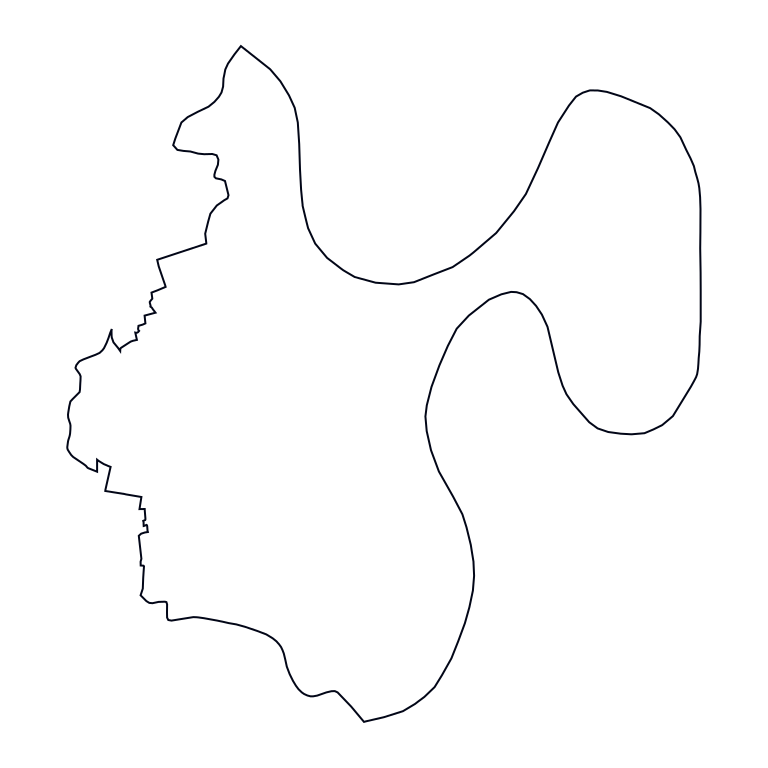 the district of Binh Thanh, Hồ Chí Minh city, Vietnam
{"feature_id": "81297802B74412015974526", "entity_name": "Binh Thanh", "entity_type": "district", "adm_level": 2, "iso_a3": "VNM", "parent_name": "Vietnam", "parent_adm1": "Hồ Chí Minh city", "projection": "equal_earth", "projection_center": [106.708, 10.812], "detail": "fine", "context": "isolated", "style": "outline", "palette": "ink", "viewbox_px": 768, "rotation_deg": 0, "n_neighbors": 0, "source": "geoboundaries", "source_scale": "gbopen_adm2", "svg_char_len": 4404}
<svg xmlns="http://www.w3.org/2000/svg" viewBox="0 0 768 768"><path d="M696.9,374.8L697.0,374.6L697.1,374.3L697.5,371.9L698.0,368.8L698.4,363.6L698.7,358.1L699.3,351.6L699.6,344.7L699.7,336.2L700.7,321.7L700.7,291.2L700.6,272.6L700.2,248.3L700.4,231.9L700.5,209.0L700.1,197.1L699.3,188.1L698.5,183.3L697.2,178.3L695.3,171.9L693.9,166.1L690.5,158.3L686.3,150.0L680.4,137.3L674.6,129.3L668.0,122.5L659.1,114.5L658.6,114.1L650.1,108.1L621.1,96.3L606.9,91.9L598.0,90.5L591.7,90.4L590.0,90.4L588.9,90.7L582.8,92.7L576.0,96.6L569.0,105.5L558.0,122.5L549.1,142.5L538.1,167.9L525.9,194.0L514.0,211.2L496.2,233.0L473.4,252.5L469.5,255.6L452.6,267.1L433.7,274.4L414.0,282.2L398.7,284.4L375.6,282.7L354.7,277.0L354.2,276.7L346.2,272.0L343.2,270.2L340.9,268.5L327.1,257.9L315.2,243.6L311.6,235.8L308.1,228.2L306.7,222.7L305.4,217.4L302.6,205.7L302.6,204.8L302.1,200.1L301.1,189.7L300.0,169.4L299.2,143.9L297.8,122.5L295.6,112.1L294.7,107.8L289.0,95.4L280.4,81.3L270.2,69.3L260.0,61.2L240.9,46.1L234.5,54.3L228.0,63.6L225.3,69.5L224.3,74.7L223.5,78.5L223.1,86.6L221.5,92.5L218.9,96.8L214.4,101.9L208.5,106.7L197.8,111.8L187.7,117.1L181.4,122.5L175.3,138.6L173.2,145.2L177.4,149.9L183.4,150.9L190.4,151.5L198.1,153.6L204.2,154.2L212.3,154.0L216.6,155.3L218.4,159.6L217.9,164.8L215.4,170.9L214.4,174.7L214.4,176.8L215.9,178.3L221.3,179.4L225.0,181.0L228.5,195.2L227.5,198.4L224.3,200.2L216.8,205.5L210.4,213.7L208.2,221.5L205.2,233.7L206.3,243.1L206.3,243.6L157.2,259.8L158.7,266.3L163.2,279.5L165.2,285.3L165.6,286.9L157.3,290.4L151.5,292.6L152.1,297.0L152.3,298.7L150.7,300.6L149.8,301.8L149.8,302.8L150.6,305.7L150.5,306.1L150.4,306.6L151.8,307.6L152.9,309.3L155.5,312.7L144.6,315.6L145.4,323.4L142.7,324.6L140.0,325.4L138.5,325.8L138.1,328.6L138.2,329.6L138.6,330.4L139.1,330.9L138.1,332.1L137.3,332.6L136.5,332.8L135.3,332.6L136.9,339.9L132.9,340.8L130.7,341.6L128.8,342.8L121.1,347.8L120.5,348.4L120.3,349.0L120.2,351.0L118.1,348.0L115.0,344.2L113.5,342.4L111.8,337.6L111.6,335.9L111.5,330.8L111.8,329.0L110.2,332.9L108.5,338.0L106.6,342.9L104.0,348.2L102.4,350.3L99.6,352.9L95.5,354.8L90.7,356.6L83.4,359.4L79.6,361.2L78.2,362.7L76.3,365.2L75.5,367.8L75.9,368.8L78.2,372.0L79.7,374.1L80.6,376.3L80.5,379.9L80.2,385.0L80.0,389.5L79.6,392.1L72.7,399.0L70.4,401.5L69.3,406.2L68.3,412.3L68.0,414.7L68.1,416.2L68.2,417.7L69.4,421.5L70.2,423.8L70.5,425.7L70.4,429.3L70.1,433.4L69.8,435.2L69.4,436.8L68.3,440.2L68.0,441.6L67.3,446.9L67.3,448.0L67.7,449.6L69.1,451.9L71.2,455.0L73.2,457.0L83.4,463.9L85.8,465.7L87.5,467.7L88.3,468.2L97.1,471.7L97.1,463.9L97.1,459.7L98.6,460.9L103.8,464.1L106.7,465.3L108.2,466.0L110.6,466.9L105.4,489.9L105.3,491.0L124.4,494.0L126.0,494.4L141.4,497.0L139.5,509.1L144.7,509.0L144.8,510.9L145.4,518.3L145.4,519.5L145.2,520.0L143.2,520.9L143.6,522.4L143.6,524.4L143.7,526.0L144.4,525.8L145.6,525.3L146.4,524.9L147.0,525.3L147.2,526.2L147.4,528.9L147.5,530.5L147.9,532.0L144.8,532.5L141.1,533.7L138.8,535.8L141.4,558.8L140.6,561.7L140.7,565.5L143.5,565.7L144.0,566.3L143.6,571.9L143.2,578.1L142.8,588.6L140.6,595.3L146.4,601.1L149.3,602.9L152.5,603.2L158.6,601.9L164.9,601.7L166.4,602.1L167.1,604.4L167.0,612.4L167.1,617.6L168.3,620.0L171.5,620.6L180.8,619.1L193.4,617.1L195.2,617.2L196.0,617.2L198.3,617.4L204.0,618.2L217.3,620.6L220.6,621.3L222.6,621.7L228.7,623.1L236.3,624.4L245.0,626.8L257.1,630.9L266.3,634.4L272.7,638.3L276.4,641.3L276.6,641.5L277.9,643.0L279.0,644.2L281.1,647.1L282.5,650.1L283.8,653.5L285.3,659.7L286.8,666.6L289.6,674.0L293.0,680.9L295.9,685.7L298.5,689.2L301.8,692.4L304.1,694.0L307.4,695.5L310.4,696.3L313.3,696.3L317.2,695.6L326.4,692.4L331.5,691.2L334.8,691.1L337.6,692.4L351.2,706.6L364.0,721.9L365.7,721.4L383.9,717.2L402.9,711.2L415.1,703.9L418.2,701.5L424.4,696.9L434.6,687.1L441.9,675.3L451.4,658.4L458.2,641.3L464.9,623.2L469.4,607.2L472.9,590.6L474.1,575.8L473.5,562.6L473.5,561.8L471.8,551.3L470.8,544.9L466.5,527.3L462.4,514.3L453.1,496.6L438.9,471.5L431.0,450.2L426.7,431.1L425.4,416.2L425.5,415.8L426.8,405.3L431.5,386.9L439.4,365.4L447.8,346.0L456.7,328.7L468.8,315.6L488.9,299.7L501.4,294.3L511.1,291.9L516.6,292.2L523.0,294.1L529.9,299.1L536.1,305.9L541.9,314.6L547.5,326.8L558.3,372.4L562.6,385.7L566.5,394.3L573.3,404.1L589.2,422.2L597.6,428.4L608.2,432.0L620.8,433.7L631.5,434.3L644.5,433.2L653.5,429.4L662.2,425.1L666.5,421.5L672.9,416.1L690.9,386.7L693.9,381.3L696.1,377.1L696.9,374.8Z" fill="none" stroke="#020617" stroke-width="2"/></svg>